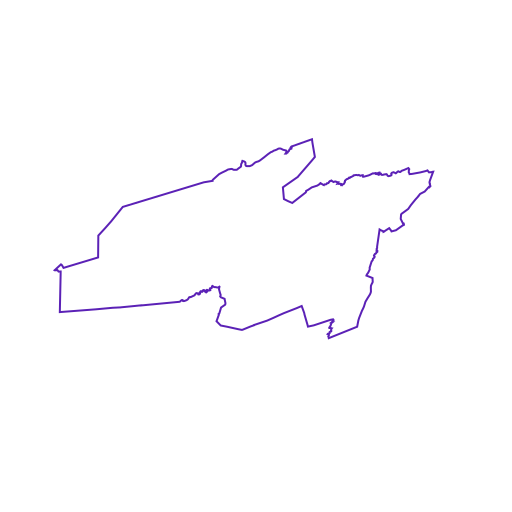 the district of Jaunannas pag., Aluksne, Latvia, rotated 146°
{"feature_id": "27541924B81808948627950", "entity_name": "Jaunannas pag.", "entity_type": "district", "adm_level": 2, "iso_a3": "LVA", "parent_name": "Latvia", "parent_adm1": "Aluksne", "projection": "equal_earth", "projection_center": [27.083, 57.287], "detail": "fine", "context": "isolated", "style": "outline", "palette": "violet", "viewbox_px": 512, "rotation_deg": 146, "n_neighbors": 0, "source": "geoboundaries", "source_scale": "gbopen_adm2", "svg_char_len": 6006}
<svg xmlns="http://www.w3.org/2000/svg" viewBox="0 0 512 512"><g transform="rotate(146 256 256)"><path d="M258.1,346.3L339.0,371.2L356.8,365.7L365.3,363.5L375.3,361.1L387.7,343.1L422.2,353.8L422.0,357.0L422.3,357.5L422.4,358.1L430.9,356.8L430.8,356.6L428.5,355.3L428.4,353.5L426.6,352.4L428.4,349.8L450.0,319.2L418.5,301.3L403.9,293.3L396.8,289.0L396.7,289.0L386.0,283.2L378.9,279.4L379.0,279.3L345.2,260.9L344.6,260.7L342.7,261.0L341.9,260.9L341.5,260.4L341.8,259.9L341.8,259.7L341.1,259.0L340.4,258.7L338.3,258.2L336.8,258.2L335.6,258.6L334.8,259.1L334.2,259.1L333.5,258.8L333.3,258.5L332.9,258.4L329.0,257.8L328.6,257.9L328.1,258.2L326.3,258.6L325.7,258.3L325.2,256.8L325.3,256.4L325.1,256.2L324.5,255.9L323.7,256.0L323.4,256.1L323.2,256.4L323.6,256.7L323.6,257.1L322.4,257.4L321.8,257.7L321.4,257.7L321.0,257.2L321.0,256.6L320.8,256.4L320.3,256.4L319.7,256.7L319.6,257.1L319.4,257.2L318.5,257.1L318.1,256.7L318.3,255.8L318.3,255.2L318.0,254.7L317.7,253.7L316.3,253.8L315.9,254.0L317.0,254.6L317.4,255.1L316.8,255.4L315.6,255.4L315.4,255.2L314.3,253.7L314.0,253.5L313.4,253.3L313.0,253.2L312.8,253.5L312.6,254.6L312.4,254.9L312.0,254.9L310.9,254.3L310.5,254.3L309.4,255.5L308.8,255.5L308.3,254.0L307.8,253.4L306.9,252.8L305.6,251.4L304.9,251.1L303.5,251.0L303.5,250.8L304.1,250.5L305.3,249.0L306.5,245.5L307.1,243.4L308.3,242.5L308.2,241.4L306.0,238.1L307.7,234.0L308.5,233.1L308.8,232.9L313.8,232.8L318.4,229.0L319.5,228.8L319.6,228.1L325.2,224.0L324.1,218.1L319.4,213.4L311.6,205.2L309.2,202.8L308.5,202.4L299.8,200.6L296.4,199.7L296.3,199.9L282.9,196.2L276.3,195.0L270.2,194.0L264.7,193.0L251.3,190.0L246.1,189.0L247.9,181.8L248.5,180.4L251.8,170.1L252.4,168.4L246.9,166.2L229.8,161.4L227.5,160.4L227.5,159.6L228.4,159.6L228.9,159.3L228.8,159.2L229.2,158.8L230.3,158.7L229.7,158.3L231.1,158.2L232.9,156.7L233.5,156.4L235.4,155.6L235.5,155.3L234.2,154.5L234.1,154.0L233.9,153.9L233.7,153.7L234.5,153.5L234.7,153.0L235.3,152.5L235.3,152.3L235.4,151.8L235.7,151.5L236.3,151.5L237.1,151.8L237.5,151.8L237.9,151.4L238.1,150.9L239.4,151.0L239.9,151.3L240.2,151.2L239.7,150.6L239.6,150.3L239.6,149.9L239.9,149.5L240.6,149.2L241.1,148.8L241.1,148.3L241.6,147.2L211.7,140.8L207.2,145.3L205.1,147.0L198.7,151.4L196.7,152.5L194.8,153.7L190.8,156.9L187.2,158.6L183.1,160.4L181.8,161.2L180.7,162.1L178.5,165.5L177.3,167.1L175.4,168.3L174.3,168.8L173.7,169.3L171.7,172.6L175.4,178.0L174.4,178.7L172.4,179.4L169.3,181.2L168.3,182.8L163.1,186.9L162.4,187.0L161.4,187.4L161.1,187.8L160.9,188.0L160.6,188.3L158.9,188.5L158.2,188.9L158.0,189.1L158.1,190.0L158.0,190.4L157.8,190.6L156.8,190.8L156.7,191.0L156.3,191.2L155.9,191.2L155.3,191.0L154.7,191.2L154.4,191.5L153.4,191.6L153.4,191.8L153.0,192.0L153.4,192.4L153.3,192.5L152.8,192.6L152.5,192.8L152.5,193.0L152.8,193.3L152.2,193.9L152.2,194.2L152.1,194.4L151.1,194.9L150.4,196.0L138.7,208.9L137.7,206.8L136.7,205.6L136.6,205.4L136.9,204.7L136.4,204.6L134.9,204.7L130.0,204.6L129.8,201.4L129.9,200.6L125.6,199.1L117.7,199.3L115.9,199.1L115.5,199.9L115.4,200.5L116.0,200.8L115.8,202.1L115.3,205.8L112.5,209.3L111.7,209.6L108.3,209.7L103.5,209.9L99.1,211.6L92.2,213.7L88.1,214.7L88.1,214.8L85.2,215.7L80.1,215.1L74.1,216.6L73.9,216.0L72.3,216.4L71.9,218.0L71.5,218.3L71.2,219.2L71.3,219.5L70.8,220.3L69.1,221.7L62.0,226.8L62.6,227.1L63.7,227.4L65.8,228.6L66.0,231.1L67.5,231.4L73.0,233.4L80.7,236.8L82.9,238.0L82.7,238.4L82.6,239.9L81.5,241.4L80.4,242.3L80.5,243.7L84.9,244.5L87.7,245.2L88.7,245.0L89.5,245.0L90.0,245.4L90.3,245.8L90.4,246.3L90.6,246.6L90.8,246.7L91.9,246.7L93.1,246.4L93.9,246.4L94.2,247.0L94.6,247.8L94.9,248.0L95.2,248.6L95.6,248.7L96.8,249.0L97.6,248.8L97.9,248.6L98.1,247.7L98.5,247.3L99.4,247.3L101.3,248.0L101.6,248.2L101.9,248.7L102.0,249.0L101.9,250.3L102.0,250.8L102.3,251.1L103.5,251.5L104.0,251.9L105.4,252.3L106.2,252.8L106.6,253.2L106.7,253.8L106.4,254.4L106.8,254.8L107.2,255.0L107.6,254.9L108.8,254.6L109.1,255.0L108.9,255.5L108.5,255.7L107.0,256.0L106.9,256.1L107.0,256.2L108.4,256.6L109.6,256.2L109.9,256.3L110.4,256.6L110.7,256.9L110.1,257.5L110.2,257.8L112.3,258.6L112.7,259.1L113.0,259.2L116.3,259.6L117.7,259.9L122.4,261.5L123.0,262.0L122.3,263.3L123.4,263.8L124.7,264.2L125.0,264.9L125.4,265.7L126.3,265.9L127.5,267.1L130.0,268.3L130.4,268.0L133.1,268.3L133.6,268.6L134.7,268.3L135.1,268.9L136.8,268.6L137.8,269.0L140.1,268.7L140.6,268.0L141.0,267.9L141.2,267.4L143.1,266.6L144.0,266.9L145.1,266.6L145.2,266.9L145.8,267.2L145.6,267.6L145.2,267.7L145.0,268.0L145.4,268.5L146.9,269.4L146.8,269.7L147.2,270.1L148.0,270.4L146.5,271.1L148.0,272.4L148.1,273.0L148.8,273.6L150.4,274.0L151.3,276.4L151.9,276.3L152.1,276.6L152.7,276.8L153.1,276.6L153.8,276.7L154.1,276.4L155.2,276.0L155.8,276.2L156.4,276.6L156.6,276.6L157.1,276.3L157.5,276.2L158.2,276.4L159.0,277.0L159.7,277.1L160.1,276.8L160.4,277.2L161.8,280.4L162.4,280.3L162.2,280.0L165.8,280.1L171.4,281.7L175.6,281.7L177.9,281.9L178.1,281.9L178.8,281.1L179.2,280.9L196.3,279.7L198.7,283.5L201.0,287.6L195.3,297.9L177.0,298.2L176.6,298.4L157.0,303.7L151.8,305.2L146.0,318.1L144.3,321.5L164.5,326.7L165.0,326.9L165.3,326.8L165.7,326.9L166.5,326.6L166.4,326.3L166.2,326.1L166.6,326.0L166.3,325.6L166.6,325.2L168.6,325.6L168.8,325.6L169.9,324.7L171.3,324.6L171.8,324.1L172.7,324.2L173.3,324.0L173.7,324.0L174.3,324.4L173.3,324.8L172.6,325.3L172.1,326.0L172.0,326.3L172.1,326.7L172.4,327.0L174.2,329.0L175.1,330.7L175.6,331.4L176.7,332.2L177.6,332.5L179.2,332.6L180.7,332.9L182.4,333.4L184.1,333.4L185.7,333.8L189.3,333.7L193.9,333.3L199.4,333.0L201.0,333.1L203.2,333.8L204.6,334.0L208.4,333.5L210.5,333.9L211.1,334.1L212.2,334.9L213.2,335.5L213.6,335.9L213.9,336.4L213.9,337.0L213.7,337.7L212.8,338.8L212.5,339.6L212.5,339.9L212.9,340.9L214.1,342.5L214.3,342.4L214.8,341.8L215.5,341.2L216.9,340.5L218.1,338.9L218.7,338.5L221.9,338.4L223.2,338.2L224.0,338.4L224.7,338.9L226.0,339.7L226.4,340.1L227.2,341.5L227.8,342.0L230.7,343.3L231.3,343.4L233.0,343.5L237.8,344.2L240.8,344.5L249.3,343.3L249.8,343.0L250.0,342.6L258.1,346.3Z" fill="none" stroke="#5b21b6" stroke-width="2"/></g></svg>